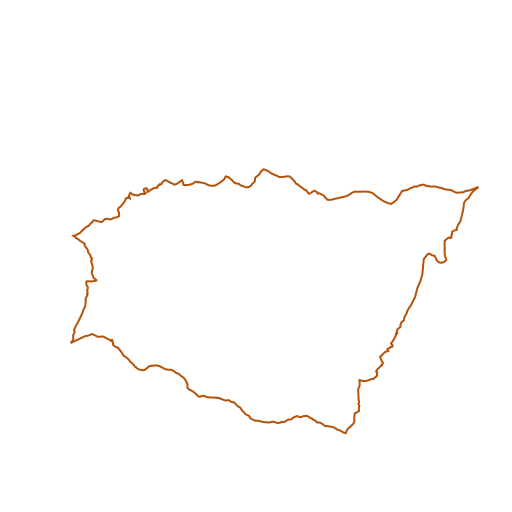 Copaceni, Vâlcea, Romania, rotated 296°
{"feature_id": "2599482B17070437163052", "entity_name": "Copaceni", "entity_type": "district", "adm_level": 2, "iso_a3": "ROU", "parent_name": "Romania", "parent_adm1": "Vâlcea", "projection": "mercator", "projection_center": [23.973, 44.993], "detail": "fine", "context": "isolated", "style": "outline", "palette": "amber", "viewbox_px": 512, "rotation_deg": 296, "n_neighbors": 0, "source": "geoboundaries", "source_scale": "gbopen_adm2", "svg_char_len": 6144}
<svg xmlns="http://www.w3.org/2000/svg" viewBox="0 0 512 512"><g transform="rotate(296 256 256)"><path d="M415.5,425.6L409.7,420.3L407.3,417.5L406.7,416.2L404.2,414.4L400.8,408.6L400.6,405.5L400.7,402.3L398.4,395.3L398.4,394.4L398.7,393.1L398.0,391.6L396.9,386.3L394.8,382.3L394.7,381.0L393.4,378.2L393.9,376.5L393.4,374.9L390.7,371.5L388.9,370.3L387.9,367.8L386.8,367.3L385.1,365.4L381.6,362.9L378.5,358.8L368.3,357.8L366.8,357.2L362.1,354.7L361.3,351.3L361.2,346.2L362.3,338.8L363.7,332.9L363.0,329.0L362.1,326.5L358.5,319.6L357.2,316.6L354.8,314.4L353.0,313.6L351.1,312.4L348.6,310.1L340.4,299.9L339.9,299.5L338.2,296.6L337.9,295.2L338.8,293.6L338.9,292.3L339.7,291.1L340.0,289.7L340.1,285.3L339.1,284.0L340.1,282.6L340.3,280.5L340.0,279.6L335.5,276.8L335.2,276.4L335.5,275.2L337.1,272.4L336.9,271.0L337.0,270.1L337.6,267.4L337.9,264.7L338.8,262.0L338.5,260.4L340.1,257.9L341.5,254.0L342.2,251.4L341.7,249.9L340.7,248.1L338.4,245.0L337.1,242.0L337.3,240.0L337.0,237.4L337.1,236.0L337.0,233.2L337.6,230.3L337.6,227.3L337.4,225.6L336.9,224.9L337.0,224.6L334.1,223.5L330.3,223.0L326.6,221.1L325.4,221.1L323.2,222.1L321.4,222.0L319.6,221.1L316.5,220.5L314.0,218.4L313.5,217.1L313.1,214.8L313.1,213.3L312.7,211.4L313.3,209.0L313.3,208.3L312.5,206.9L312.6,205.7L312.4,204.3L313.6,201.3L314.4,198.1L314.5,197.1L314.8,196.7L314.5,195.6L314.5,194.2L313.6,193.8L310.7,193.7L304.5,190.5L301.5,188.4L300.0,186.3L299.0,183.3L298.8,181.9L298.9,178.2L297.2,171.6L296.7,171.5L296.7,170.1L296.3,169.1L293.7,167.7L291.7,165.9L289.4,162.9L288.7,161.1L288.1,160.5L288.1,159.6L289.8,158.5L291.6,156.2L286.4,153.4L284.3,151.5L284.5,148.3L284.3,147.0L284.6,143.7L284.5,141.8L284.3,140.9L281.0,139.4L280.1,139.6L278.9,139.4L278.6,139.1L278.5,138.1L276.6,137.6L276.2,137.0L273.9,137.2L273.4,135.8L271.6,134.0L269.0,132.2L266.3,130.8L266.9,129.7L268.6,129.0L268.7,128.7L268.4,128.2L268.7,127.5L267.2,125.9L266.3,126.0L264.7,127.4L264.3,129.3L263.2,129.1L262.5,128.0L262.2,126.6L261.0,125.1L259.0,123.9L258.6,123.1L258.1,121.4L257.3,119.7L257.3,117.9L257.7,115.4L255.0,115.3L252.6,117.2L252.8,115.5L251.9,115.4L251.7,115.1L251.7,114.4L251.6,114.2L250.2,113.9L247.3,114.0L245.2,113.6L241.0,112.6L239.0,111.6L237.3,111.5L236.9,111.7L235.1,113.6L233.2,114.9L232.0,115.4L231.3,115.2L229.6,113.7L228.2,111.9L225.1,109.3L224.2,106.0L223.2,104.2L219.6,102.8L218.6,102.1L217.4,95.5L216.7,94.3L214.4,94.0L212.2,92.9L209.9,92.5L207.7,90.7L206.2,90.0L199.0,87.4L197.3,85.9L195.5,84.9L194.2,83.2L193.9,85.3L193.2,86.1L193.2,88.7L192.6,90.7L192.0,96.5L191.6,96.5L190.5,97.2L189.4,98.9L189.2,99.8L188.6,100.2L188.4,101.2L187.0,102.8L185.7,103.5L184.1,106.9L182.2,108.1L181.9,109.8L181.7,109.9L181.0,109.7L180.2,110.2L179.2,109.9L175.0,113.9L173.4,114.6L168.9,115.6L164.9,120.0L164.9,120.8L164.3,123.1L163.7,123.0L161.3,119.9L159.2,115.1L158.3,114.8L155.5,116.4L154.3,118.5L153.2,119.1L151.7,119.1L148.7,120.9L148.5,121.0L148.2,120.7L146.9,121.6L143.8,121.6L142.2,121.9L140.1,123.1L136.8,124.3L134.5,124.6L133.3,124.4L128.1,125.0L118.7,125.0L109.9,124.7L109.2,125.6L107.9,126.4L104.2,126.5L100.9,128.4L97.8,128.0L96.5,127.5L108.9,137.4L110.5,139.6L114.0,142.9L114.1,146.3L114.0,149.2L116.7,154.1L116.4,158.4L116.6,160.3L116.1,163.0L116.3,163.2L117.1,162.9L117.4,163.4L116.8,163.6L116.8,164.1L115.9,164.8L115.6,165.4L113.7,166.3L113.3,167.0L113.1,168.4L112.8,168.7L112.9,171.5L113.2,171.8L110.2,178.0L108.4,180.6L108.1,183.6L107.3,186.5L105.8,189.5L105.4,191.3L104.4,194.2L103.6,195.5L102.7,199.6L103.0,201.9L104.2,205.4L106.5,206.8L109.8,208.1L112.2,211.1L112.3,211.7L113.9,214.1L114.7,217.5L114.7,220.4L114.5,222.8L114.6,224.5L115.5,227.5L116.4,229.2L116.7,230.3L116.6,231.7L115.9,235.6L116.3,238.0L115.4,240.7L115.2,242.7L114.6,245.1L113.8,246.6L112.1,249.0L110.2,251.0L107.9,251.8L107.3,252.4L106.6,255.2L106.8,256.5L106.2,261.1L104.6,265.5L104.8,267.1L107.3,269.9L107.6,270.7L107.6,274.0L108.8,276.7L109.7,279.3L110.6,280.6L111.5,283.4L112.2,285.0L112.1,287.1L112.4,288.8L112.6,291.1L113.0,292.5L114.5,294.7L114.5,295.4L114.1,297.1L114.3,298.8L114.8,300.1L114.5,301.5L113.0,305.0L112.9,307.7L112.6,308.8L110.9,311.3L110.6,312.9L109.6,315.0L109.2,316.5L109.2,319.9L108.0,321.6L107.6,322.5L107.6,326.9L107.9,328.4L108.7,329.4L110.3,336.6L111.2,338.3L111.8,340.4L113.9,343.0L114.8,344.4L115.3,348.8L117.0,351.0L118.3,351.6L118.4,352.8L119.3,354.2L122.5,356.3L123.5,357.3L124.4,359.2L127.4,360.5L129.9,362.8L130.2,363.1L130.3,366.0L130.6,366.8L133.0,369.0L134.6,371.8L134.6,373.9L134.1,376.3L134.5,377.9L133.8,379.7L134.1,381.2L133.9,382.3L133.2,383.6L133.4,384.7L134.0,385.6L134.3,386.8L134.3,387.9L134.0,390.0L133.5,391.7L133.6,392.6L135.6,398.4L136.0,400.7L136.0,403.0L135.5,405.2L136.0,407.7L135.7,412.3L136.1,414.3L139.3,414.1L140.6,414.3L147.2,416.8L148.8,417.1L151.3,416.7L153.3,415.4L157.7,413.7L161.5,416.4L162.2,416.4L164.4,415.1L166.5,414.7L168.0,412.8L168.9,412.9L170.0,412.6L171.9,411.2L181.1,406.2L184.1,406.1L185.5,405.8L189.8,403.4L190.6,407.3L191.9,409.7L194.4,412.4L195.7,413.4L197.1,415.4L201.2,417.2L201.8,417.2L202.9,416.5L204.4,416.1L204.7,415.7L204.8,414.7L205.6,414.5L207.5,414.8L209.8,415.8L211.4,416.1L213.2,417.2L214.0,416.7L215.4,417.1L216.9,414.8L219.6,411.8L226.3,414.1L228.7,416.5L228.9,416.2L229.0,415.5L229.6,415.0L230.2,415.0L231.8,416.5L233.2,416.8L233.7,418.0L235.2,418.3L235.7,417.9L236.2,415.9L236.5,415.6L239.3,416.3L245.3,416.5L246.3,416.4L247.3,415.8L248.1,416.0L248.4,416.8L249.0,416.6L249.8,415.6L251.9,415.2L255.1,416.7L256.1,416.8L257.1,416.1L258.4,415.9L260.5,415.8L262.7,417.1L266.1,416.3L270.3,416.5L272.6,416.1L277.0,416.3L278.4,416.8L288.5,417.0L298.1,415.1L305.1,414.8L312.6,413.5L326.6,408.2L332.5,409.3L334.2,410.7L333.8,413.6L334.4,416.6L331.6,420.0L331.1,421.0L330.5,423.4L331.2,425.7L332.5,427.1L333.5,427.8L335.9,428.8L338.6,426.1L341.4,424.2L352.4,418.9L356.6,420.8L357.1,421.3L357.2,422.3L357.8,423.4L359.0,423.2L359.5,422.7L362.3,422.4L362.4,422.1L363.9,421.8L365.0,422.3L367.6,425.0L368.1,424.8L368.6,424.3L373.2,424.0L376.6,424.5L385.7,422.6L390.2,421.4L394.2,419.9L395.6,419.7L398.2,420.1L401.5,421.7L406.1,422.0L407.9,422.4L411.0,423.5L414.0,425.1L415.5,425.6Z" fill="none" stroke="#b45309" stroke-width="2"/></g></svg>